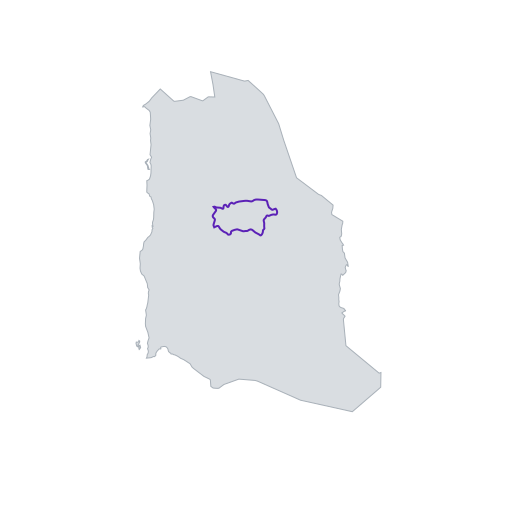 Al Quassim highlighted on a map of Saudi Arabia, rotated 32°
{"feature_id": "SAU-846", "entity_name": "Al Quassim", "entity_type": "Region", "adm_level": 1, "iso_a3": "SAU", "parent_name": "Saudi Arabia", "parent_adm1": "", "projection": "mercator", "projection_center": [43.262, 25.97], "detail": "fine", "context": "in_parent", "style": "outline", "palette": "violet", "viewbox_px": 512, "rotation_deg": 32, "n_neighbors": 0, "source": "natural_earth", "source_scale": "10m", "svg_char_len": 6289}
<svg xmlns="http://www.w3.org/2000/svg" viewBox="0 0 512 512"><g transform="rotate(32 256 256)"><path d="M370.2,354.7L323.7,361.3L321.2,362.0L306.7,369.5L296.9,381.9L294.6,387.8L293.4,388.7L291.4,389.8L289.6,390.7L286.8,390.5L283.5,386.0L282.7,385.1L281.9,385.0L275.7,385.7L262.8,384.5L260.6,384.1L257.8,382.6L257.1,382.3L256.3,382.3L249.6,382.2L246.3,382.7L243.1,382.5L239.8,382.8L238.6,383.3L237.3,383.3L236.5,383.8L235.8,384.1L235.0,383.6L233.9,383.7L232.4,383.3L231.4,382.4L230.5,381.5L229.5,381.0L228.4,380.7L227.5,380.7L226.3,381.2L225.6,381.7L223.7,383.5L223.6,384.1L224.5,385.1L224.2,385.5L223.1,386.1L222.8,387.8L222.6,388.6L222.5,390.7L222.9,392.4L223.6,393.0L223.6,393.7L223.3,395.1L222.3,395.6L221.5,396.9L221.1,397.6L220.3,398.3L217.2,400.7L217.0,399.3L216.0,397.2L216.0,395.8L215.5,394.3L214.6,393.2L213.1,392.0L212.9,390.4L211.8,388.9L210.2,387.6L209.4,385.2L208.7,382.1L204.7,378.0L199.7,374.2L198.1,372.1L195.6,367.7L194.4,364.3L191.0,360.3L190.9,358.8L190.4,356.9L189.6,354.9L189.1,353.2L185.7,346.0L184.6,344.9L183.7,343.2L183.5,342.0L183.2,341.3L180.8,340.1L178.5,337.1L171.8,332.3L168.6,331.8L166.0,330.0L164.1,327.8L162.0,323.9L158.4,319.6L155.4,313.6L156.3,311.4L156.3,309.9L155.3,307.3L154.3,305.3L153.6,303.4L154.2,300.7L154.4,297.6L155.0,296.0L155.4,294.2L154.9,290.6L153.9,288.7L154.0,287.4L152.8,286.7L151.9,285.4L152.8,285.4L151.1,283.4L150.4,282.3L149.8,279.7L148.9,277.7L146.2,273.1L144.9,270.3L142.0,266.7L138.8,264.0L136.8,262.8L135.8,261.6L134.2,261.6L132.4,260.0L131.1,260.0L129.5,259.7L127.7,256.6L126.1,253.8L123.5,250.0L124.2,249.0L124.9,247.4L124.5,245.4L124.1,243.9L123.0,241.4L119.2,234.9L118.2,233.9L116.5,232.9L115.5,230.0L115.1,227.5L112.5,226.3L108.0,217.2L105.4,214.0L104.3,211.8L101.3,208.3L99.9,204.8L96.8,201.5L94.2,195.8L90.2,190.2L88.4,189.2L84.3,188.8L82.5,188.4L80.9,189.6L80.7,188.0L81.9,185.8L83.5,181.2L83.8,177.2L86.3,165.1L104.1,168.2L105.0,168.0L111.8,162.4L115.6,155.9L116.4,155.3L128.3,152.8L128.7,152.5L131.0,146.7L131.3,146.3L131.7,146.0L136.8,143.0L128.5,133.2L119.8,123.8L153.2,113.9L153.8,113.6L156.3,111.3L171.0,113.9L176.7,115.0L178.5,115.9L205.1,131.8L218.1,143.1L248.7,168.0L249.1,168.2L276.5,170.6L279.4,170.0L286.9,171.0L294.4,172.0L295.9,174.9L296.4,177.0L296.9,178.9L298.4,180.7L304.7,180.6L311.2,180.5L312.2,182.3L312.6,184.1L314.3,188.3L316.8,191.6L317.4,192.8L317.8,194.6L317.3,195.2L317.2,196.0L319.0,197.8L322.0,199.3L323.2,199.7L324.5,200.4L323.5,201.4L325.2,203.8L327.3,206.2L329.5,206.8L332.5,210.4L337.0,212.8L339.7,215.9L339.5,216.0L338.7,215.7L337.7,215.2L337.3,215.6L337.4,216.9L337.7,218.4L339.1,219.8L340.3,220.7L340.8,222.5L339.8,226.4L339.5,226.4L338.8,226.0L338.1,226.0L337.7,226.2L338.6,229.0L339.4,231.1L340.4,232.8L341.2,235.2L341.9,236.3L344.8,238.9L345.7,241.1L346.5,245.1L348.3,247.4L349.3,249.1L350.6,250.6L351.5,252.6L352.7,254.1L353.3,254.5L354.3,254.7L355.4,254.7L356.9,254.3L358.4,253.9L359.5,254.7L360.7,254.6L360.9,255.3L360.0,256.3L359.0,258.8L360.5,259.2L361.8,259.4L362.8,259.8L363.4,259.8L363.4,260.3L363.4,262.7L363.8,263.6L379.8,284.4L422.3,290.1L422.6,290.0L423.7,288.6L431.3,301.2L420.2,337.0L370.2,354.7ZM203.6,394.7L204.9,394.8L204.4,394.2L204.3,393.9L204.8,393.1L206.7,394.8L206.6,396.8L206.5,397.2L206.0,396.8L205.6,396.4L205.5,395.9L205.0,395.4L203.2,395.8L202.1,395.2L200.5,393.6L200.1,392.4L200.8,392.2L201.5,391.6L201.9,390.6L201.5,389.7L202.5,389.8L203.0,390.8L203.1,393.1L203.2,393.6L203.0,394.1L203.6,394.7ZM118.8,239.7L118.4,239.7L117.2,238.4L116.5,237.5L115.9,236.9L112.7,235.6L112.2,234.8L112.7,234.0L113.1,234.8L113.6,235.3L116.3,236.4L119.2,238.9L119.7,239.1L118.8,239.7ZM113.7,233.6L113.6,233.8L112.9,233.2L112.9,231.7L113.5,230.9L113.5,232.0L113.7,233.2L113.7,233.6Z" fill="#d9dde1" stroke="#a8b0b8" stroke-width="1"/><path d="M247.6,205.5L248.7,205.9L249.5,206.4L250.2,207.0L250.5,207.4L250.8,207.8L251.0,208.2L251.1,208.6L251.2,209.0L251.3,209.3L251.3,209.6L251.2,209.9L251.1,210.2L250.9,210.5L250.5,210.7L250.2,210.9L249.3,211.2L248.9,211.5L248.5,211.7L247.8,212.4L247.1,213.1L245.9,214.9L245.6,215.2L245.4,215.3L244.8,215.4L244.4,215.5L244.0,215.8L243.7,216.2L243.7,216.6L243.8,217.5L243.8,218.3L243.4,220.7L243.5,221.1L243.5,221.5L243.7,221.8L244.0,222.2L245.3,223.5L245.7,224.0L247.2,226.5L248.5,228.2L248.5,228.3L248.6,228.9L248.4,229.7L248.3,230.3L248.4,230.7L248.9,231.6L249.1,232.1L249.3,232.7L249.5,233.9L249.5,234.5L249.4,235.0L249.4,235.4L249.2,235.8L249.1,236.0L248.7,236.2L248.4,236.2L246.9,236.1L242.9,236.4L239.4,235.9L238.6,235.9L238.2,236.0L237.8,236.1L237.5,236.3L237.2,236.4L237.0,236.6L236.8,236.9L236.3,237.5L235.7,238.8L235.4,239.3L235.0,239.6L233.8,240.4L232.9,241.2L232.5,241.5L231.8,241.9L226.3,243.2L225.9,243.4L225.5,243.7L223.9,245.3L222.3,247.4L222.1,247.9L222.0,248.4L222.0,248.7L222.2,249.1L222.6,249.9L222.8,250.3L222.7,250.8L222.5,251.5L222.1,251.9L221.7,252.3L221.4,252.5L221.0,252.6L220.7,252.6L219.4,252.2L218.6,252.1L216.2,252.5L215.4,252.5L212.4,252.2L211.2,251.9L210.5,251.6L208.7,250.7L208.3,250.6L207.9,250.7L207.5,250.9L207.1,251.2L206.9,251.5L205.8,253.1L205.4,253.8L204.0,252.8L203.7,252.5L203.5,252.2L203.2,251.4L202.3,248.0L202.0,247.2L201.7,246.7L201.2,246.4L199.1,245.9L198.7,245.6L198.3,245.3L198.0,244.8L197.9,244.4L197.8,244.0L198.1,239.2L198.1,238.8L197.9,238.3L197.7,238.0L197.3,237.8L196.6,237.5L194.4,237.0L194.0,236.8L194.6,236.2L195.3,236.0L196.3,235.9L196.9,235.7L199.6,234.3L200.2,234.0L200.7,233.9L202.3,233.7L202.7,233.6L203.0,233.3L203.1,233.0L203.0,232.7L202.2,231.0L202.1,230.6L202.0,230.2L202.1,229.8L202.3,229.4L202.7,228.9L203.1,228.7L203.5,228.7L203.8,228.8L205.1,229.3L205.5,229.4L205.9,229.4L206.2,229.3L206.4,229.0L206.5,228.7L206.5,228.4L206.4,228.2L206.1,226.7L206.1,226.4L206.1,226.0L206.2,225.6L206.5,224.8L206.9,224.0L207.1,223.7L207.4,223.6L207.8,223.6L208.2,223.6L208.6,223.6L209.4,223.4L209.7,223.2L209.9,222.9L210.1,222.5L210.3,221.8L210.8,221.0L212.8,218.8L217.2,215.2L219.2,213.9L223.0,212.3L223.5,211.8L223.9,211.4L224.1,211.0L224.8,209.5L225.4,208.8L226.2,208.0L227.5,207.2L233.8,203.9L234.6,203.6L235.0,203.5L235.4,203.5L235.8,203.5L236.2,203.7L236.5,203.9L237.1,204.4L238.3,205.7L240.5,207.4L241.2,207.9L241.6,208.0L243.3,208.1L244.4,208.3L244.8,208.3L245.2,208.2L245.5,208.1L245.7,207.9L247.0,206.1L247.6,205.5Z" fill="none" stroke="#5b21b6" stroke-width="2"/></g></svg>